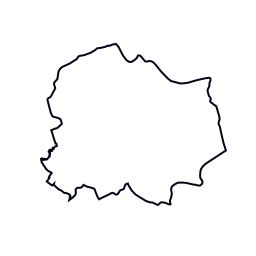 the district of Buon Ho, Đắk Lắk, Vietnam, rotated 254°
{"feature_id": "81297802B72254139131894", "entity_name": "Buon Ho", "entity_type": "district", "adm_level": 2, "iso_a3": "VNM", "parent_name": "Vietnam", "parent_adm1": "Đắk Lắk", "projection": "mercator", "projection_center": [108.269, 12.851], "detail": "fine", "context": "isolated", "style": "outline", "palette": "ink", "viewbox_px": 256, "rotation_deg": 254, "n_neighbors": 0, "source": "geoboundaries", "source_scale": "gbopen_adm2", "svg_char_len": 4492}
<svg xmlns="http://www.w3.org/2000/svg" viewBox="0 0 256 256"><g transform="rotate(254 128 128)"><path d="M147.0,53.6L144.8,53.8L140.9,53.8L133.4,54.0L133.3,54.3L133.1,54.6L132.7,54.9L132.4,54.9L132.3,54.7L130.4,54.7L130.2,54.5L130.2,54.2L130.3,53.8L130.3,53.3L130.3,53.0L130.2,52.7L129.9,52.2L129.6,51.7L129.5,51.4L129.4,51.2L129.4,50.9L129.4,50.7L129.5,50.4L129.7,50.1L129.6,49.9L129.4,49.9L129.4,50.0L129.1,50.3L129.0,50.5L128.8,50.8L128.7,51.0L128.4,50.9L128.3,50.7L128.2,50.4L128.2,50.2L128.2,49.8L128.2,49.6L128.2,49.4L128.0,49.1L127.7,49.0L127.3,48.9L127.2,48.9L127.0,48.7L126.9,48.6L126.9,48.4L126.9,48.2L127.0,48.1L127.3,48.1L127.5,48.1L127.8,48.1L128.0,48.1L128.3,47.8L128.4,47.7L128.4,47.3L128.5,47.0L128.5,46.8L128.6,46.5L128.5,46.4L128.3,46.3L128.2,46.3L128.0,46.5L127.9,46.6L127.7,46.7L127.5,46.4L127.5,45.7L127.4,45.5L127.4,45.4L127.2,45.2L126.9,45.2L126.8,45.3L126.7,45.4L126.6,45.6L126.5,45.9L126.4,46.0L126.2,46.3L126.0,46.2L125.9,46.2L125.7,46.0L125.4,46.0L125.2,46.0L124.9,46.0L124.7,46.0L124.7,45.9L124.7,45.7L124.7,45.4L124.4,45.3L124.1,45.4L123.9,45.5L123.7,45.4L123.6,45.1L123.5,44.9L123.4,44.9L123.0,44.9L122.5,45.0L122.4,45.0L122.3,44.9L122.2,44.9L122.0,44.7L122.0,44.4L122.0,44.1L122.0,43.9L121.9,43.8L121.9,43.7L121.6,43.4L121.3,43.0L121.2,42.7L120.6,42.2L120.2,41.6L120.1,41.3L120.1,41.2L120.1,40.9L120.2,40.7L120.3,40.6L120.5,40.5L120.8,40.5L120.9,40.4L121.0,40.3L121.0,40.2L121.0,39.9L121.0,39.7L121.3,39.3L121.3,39.1L121.2,39.0L120.9,39.0L120.7,39.2L120.5,38.8L120.5,38.6L120.5,38.4L120.6,38.0L120.8,37.7L121.0,37.4L121.2,37.5L121.3,37.6L121.4,37.8L121.5,38.0L121.8,38.1L121.9,37.9L121.8,37.7L121.6,37.5L121.5,37.4L121.4,37.3L121.4,37.1L121.4,36.8L121.4,36.7L121.5,36.7L121.9,36.7L122.0,36.8L122.3,36.9L122.5,36.8L122.5,36.7L122.5,36.3L122.5,36.1L122.4,35.9L119.0,35.6L116.5,36.3L111.4,37.9L108.7,39.4L108.1,40.2L107.0,41.3L105.8,42.2L102.7,38.4L101.9,38.8L101.4,38.3L98.9,35.2L94.9,38.2L93.6,39.5L94.8,41.5L93.8,41.0L92.8,41.6L91.2,42.5L90.4,43.0L89.4,43.6L88.5,44.1L87.8,44.9L86.2,46.7L85.2,47.4L83.3,48.7L83.2,48.8L83.2,49.0L82.7,49.9L82.6,50.1L82.3,50.8L82.2,51.1L82.1,51.4L81.9,51.6L81.8,51.8L81.7,51.9L81.6,52.0L81.3,52.1L81.2,52.2L81.0,52.4L80.8,52.6L80.6,53.1L80.4,53.3L80.1,53.5L79.8,53.5L79.5,53.6L79.3,53.6L79.1,53.6L78.7,53.8L78.4,53.9L78.2,53.6L78.1,53.4L77.9,53.1L77.1,52.8L76.2,52.6L75.9,52.5L75.6,52.2L75.4,51.9L75.2,51.8L75.1,51.7L74.9,51.6L75.2,52.3L76.3,55.4L77.9,58.5L79.3,59.7L81.7,60.4L83.3,60.7L83.9,61.5L84.3,62.2L84.3,63.3L83.7,65.8L83.9,67.1L84.5,68.3L85.6,69.5L82.8,72.6L80.7,76.3L79.1,78.6L78.3,79.0L73.1,79.4L68.9,80.0L67.4,80.7L67.9,82.3L69.2,90.5L70.0,94.1L69.8,95.7L69.2,96.4L67.5,97.7L67.2,98.4L67.1,99.1L68.1,100.9L69.8,102.7L70.3,103.7L70.4,106.3L70.6,107.0L71.5,107.8L73.4,109.1L74.2,109.8L74.7,110.8L74.7,112.6L72.7,112.7L66.7,114.4L62.2,116.8L58.8,119.7L52.9,125.2L50.4,128.7L49.8,130.7L48.8,132.0L46.3,134.7L45.8,135.7L46.9,138.0L47.4,138.8L47.3,139.9L46.3,142.4L43.4,146.3L42.9,147.5L43.2,148.0L44.5,147.9L45.6,148.0L46.9,148.5L49.9,150.7L50.6,150.9L53.0,152.1L56.3,152.3L58.0,153.0L59.6,154.0L61.0,157.4L61.7,160.8L60.6,165.1L59.1,168.9L57.7,171.5L55.9,174.7L54.7,177.5L53.2,179.8L52.9,181.9L54.0,183.8L55.2,184.7L57.3,184.7L59.0,184.0L60.5,183.8L62.8,184.3L66.2,185.6L68.0,186.6L70.1,188.8L72.1,192.4L75.9,204.6L79.4,215.9L87.5,215.7L99.4,216.3L103.8,216.7L105.5,216.4L107.1,216.3L108.4,216.7L111.7,218.7L114.1,218.9L120.9,218.9L124.7,218.8L126.0,217.7L126.8,216.8L128.4,216.0L130.1,214.5L130.8,214.3L131.4,214.4L132.7,215.5L134.2,215.6L136.9,214.6L141.2,214.7L142.4,214.9L143.4,215.6L145.5,217.5L146.7,218.1L148.5,218.5L150.1,219.8L151.6,220.7L153.1,220.8L153.8,220.2L154.5,215.9L155.0,207.5L155.0,197.8L155.7,193.3L156.5,190.3L158.6,186.9L161.3,182.3L164.5,180.0L172.9,175.5L178.3,173.2L179.5,172.6L180.7,172.3L184.1,170.4L185.8,168.7L186.4,167.4L186.8,163.9L187.4,162.8L192.9,160.4L194.5,159.3L194.9,158.3L194.8,157.4L193.0,156.0L191.4,152.8L190.6,149.7L191.2,147.4L193.5,145.3L198.8,143.2L204.4,142.1L208.5,141.3L212.1,139.6L212.5,136.4L212.1,133.0L212.7,131.4L212.3,128.6L212.5,124.4L213.1,120.4L211.9,117.7L210.6,112.8L210.1,106.0L210.5,102.6L210.6,101.2L210.4,100.1L208.3,97.5L205.9,89.1L204.9,82.0L204.0,79.7L202.9,78.2L201.1,76.6L194.5,73.6L192.5,70.4L191.5,69.2L190.4,69.0L186.2,69.0L179.3,62.3L178.7,60.0L177.9,58.6L177.0,58.3L163.8,58.0L160.3,58.6L159.3,59.4L157.0,63.5L154.9,65.5L151.6,65.7L150.2,65.5L149.2,63.6L147.6,60.3L147.3,55.8L147.0,53.6Z" fill="none" stroke="#020617" stroke-width="2"/></g></svg>